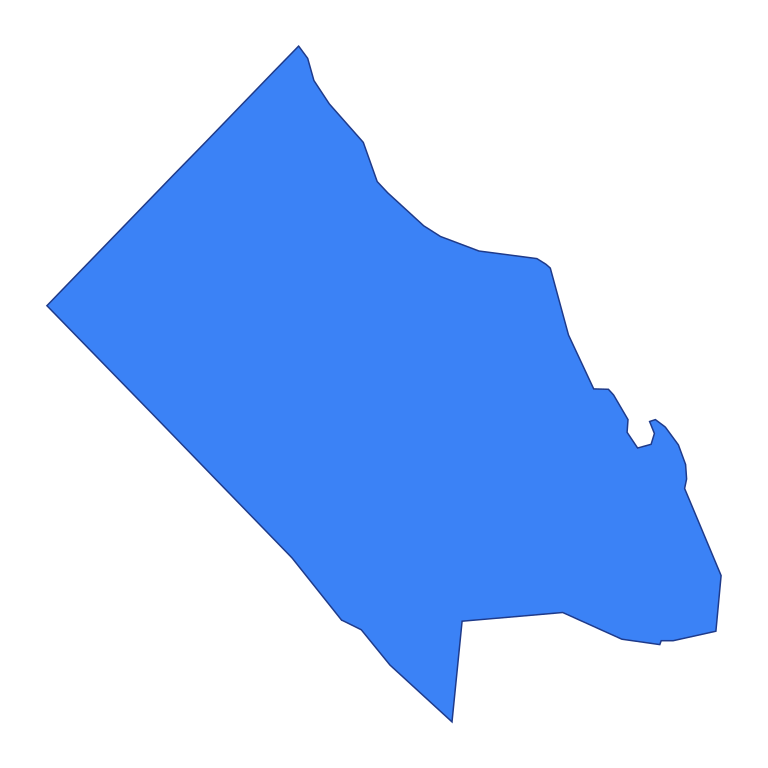 Arlington, Virginia, United States of America (Equal Earth projection)
{"feature_id": "52423323B5979795321834", "entity_name": "Arlington", "entity_type": "district", "adm_level": 2, "iso_a3": "USA", "parent_name": "United States of America", "parent_adm1": "Virginia", "projection": "equal_earth", "projection_center": [-77.083, 38.881], "detail": "fine", "context": "isolated", "style": "filled", "palette": "blue", "viewbox_px": 768, "rotation_deg": 0, "n_neighbors": 0, "source": "geoboundaries", "source_scale": "gbopen_adm2", "svg_char_len": 797}
<svg xmlns="http://www.w3.org/2000/svg" viewBox="0 0 768 768"><path d="M155.1,416.7L213.0,476.5L292.0,557.9L341.7,620.3L342.3,620.4L361.3,629.8L390.0,665.1L452.0,721.9L462.1,621.2L562.7,612.5L621.8,639.2L659.8,644.6L661.2,640.7L673.2,640.7L715.9,631.2L721.1,575.6L720.2,573.4L684.6,488.5L686.6,479.0L685.6,464.5L678.4,444.9L665.4,427.2L664.7,426.6L655.4,419.6L649.6,421.5L654.4,433.5L651.1,444.3L637.6,448.0L627.1,432.3L628.0,419.6L613.6,395.0L608.4,389.3L593.7,388.9L568.5,335.0L550.3,268.1L546.0,264.3L536.9,258.6L497.3,253.4L478.9,251.0L440.5,236.5L423.7,225.8L387.8,192.9L377.2,181.6L363.3,142.4L329.3,103.9L313.9,80.5L307.7,58.4L298.8,46.3L298.6,46.1L274.2,71.1L204.5,143.2L173.8,174.6L132.0,217.8L66.9,285.0L46.9,305.7L155.1,416.7Z" fill="#3b82f6" stroke="#1e3a8a" stroke-width="1.5"/></svg>